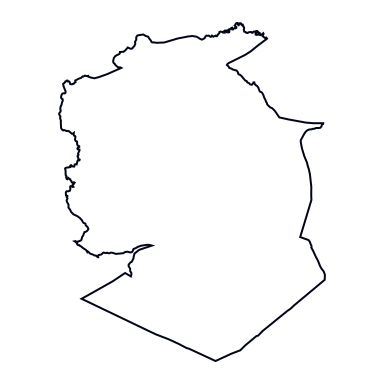 outline of Pokot South, Rift Valley, Kenya
{"feature_id": "3690345B29187481268385", "entity_name": "Pokot South", "entity_type": "district", "adm_level": 2, "iso_a3": "KEN", "parent_name": "Kenya", "parent_adm1": "Rift Valley", "projection": "orthographic", "projection_center": [35.249, 1.339], "detail": "fine", "context": "isolated", "style": "outline", "palette": "ink", "viewbox_px": 384, "rotation_deg": 0, "n_neighbors": 0, "source": "geoboundaries", "source_scale": "gbopen_adm2", "svg_char_len": 5703}
<svg xmlns="http://www.w3.org/2000/svg" viewBox="0 0 384 384"><path d="M81.6,298.8L147.5,330.4L156.2,334.5L168.0,339.0L178.5,343.8L186.9,348.2L188.8,348.6L215.5,361.0L231.4,353.7L240.3,350.3L245.1,345.5L256.4,336.1L258.2,335.6L262.5,331.1L287.1,311.1L290.6,308.7L294.3,305.2L324.7,279.8L324.9,274.9L324.7,274.1L323.6,271.3L321.6,268.8L320.1,266.1L317.9,260.6L315.7,256.5L313.1,250.8L311.3,247.6L311.6,246.9L311.3,245.3L310.8,244.5L309.6,241.4L308.4,240.0L300.2,237.1L311.4,200.0L311.2,195.6L311.3,186.8L309.9,174.1L308.8,169.1L307.8,166.1L307.0,162.7L304.3,156.2L302.0,148.6L300.7,141.8L300.8,140.2L304.2,133.9L305.8,131.6L307.2,130.4L309.2,129.5L311.6,129.3L313.4,128.7L314.4,128.8L316.0,128.0L319.1,128.0L320.2,127.8L321.4,126.6L321.9,124.8L322.4,124.2L323.1,124.0L323.2,123.2L313.1,123.2L305.9,122.6L288.3,119.4L279.3,117.4L274.8,110.8L272.2,108.2L270.1,107.3L269.5,106.8L267.2,104.4L266.9,103.1L266.0,101.7L265.5,100.1L264.2,97.6L263.5,95.4L262.2,92.9L261.6,92.3L260.2,91.8L259.6,91.1L258.3,87.7L257.1,85.9L256.3,85.6L254.6,83.9L254.3,82.4L253.5,82.4L253.3,83.0L251.8,84.8L250.0,84.3L249.1,83.2L247.3,82.4L246.9,81.4L246.3,80.9L245.4,80.7L241.1,75.6L239.6,74.6L238.7,74.4L238.1,73.5L238.1,72.6L237.0,71.0L236.4,70.5L232.4,69.4L231.9,68.8L229.2,67.8L228.6,66.5L226.9,65.0L227.2,64.4L228.4,63.2L245.0,55.0L250.8,51.3L257.4,45.9L267.0,38.7L266.3,37.6L264.8,37.9L262.6,36.1L263.6,33.8L263.3,33.2L261.8,34.4L260.4,35.1L259.7,34.9L259.9,33.2L259.4,32.8L258.8,32.9L258.8,33.8L258.6,34.5L256.4,34.9L255.8,34.7L255.5,34.1L255.6,33.3L257.3,32.3L257.8,31.5L257.2,31.0L256.2,31.0L255.6,31.5L254.8,31.7L253.7,31.6L253.0,32.0L252.6,32.8L251.8,32.7L251.1,32.0L249.0,32.2L248.3,32.4L247.7,33.0L246.0,32.7L245.6,32.0L244.2,31.6L243.8,29.9L244.2,28.0L244.0,27.3L243.2,26.6L243.3,25.8L242.7,24.7L242.0,25.1L241.5,24.7L241.1,23.5L240.1,23.2L238.7,25.2L238.0,24.7L237.7,24.1L238.2,23.3L237.4,23.0L236.4,23.1L234.7,25.5L236.3,26.9L236.4,27.8L235.7,28.3L234.9,27.7L233.0,29.5L232.2,29.4L232.3,28.4L232.1,27.7L231.3,28.0L230.1,29.1L228.6,29.5L228.1,30.1L229.4,30.9L229.2,32.2L228.7,32.4L226.7,32.2L226.3,31.8L226.4,31.1L227.1,30.6L226.3,30.5L224.8,30.6L224.1,31.2L224.6,31.9L224.6,32.7L222.7,32.5L222.2,31.9L220.3,31.6L219.5,32.0L219.5,32.6L219.2,33.2L218.3,34.1L217.0,36.1L216.3,36.2L215.8,35.6L213.3,36.7L212.0,35.6L211.2,36.7L210.4,36.8L209.2,35.8L208.3,35.6L207.3,35.8L206.2,35.7L205.6,36.2L204.7,38.1L202.3,39.5L201.5,39.5L200.3,39.0L197.7,37.3L196.1,36.6L192.2,36.0L187.9,36.5L177.7,38.5L164.2,42.5L156.4,42.8L154.1,42.4L152.2,42.4L151.3,41.7L150.9,40.6L149.4,38.8L148.2,36.7L145.8,36.0L143.3,34.5L138.1,35.3L137.3,35.6L136.5,36.8L136.2,37.6L136.3,39.6L135.0,41.9L135.3,43.9L134.3,46.1L133.0,47.4L132.5,48.3L131.3,48.8L130.5,48.7L127.7,47.5L125.4,50.3L123.4,51.8L119.9,52.0L119.8,53.4L119.3,54.0L116.6,55.3L115.1,56.3L114.3,57.4L113.8,58.3L113.2,60.7L113.2,61.7L113.5,62.7L114.9,64.1L115.4,65.0L118.0,67.3L120.4,67.4L121.3,67.9L107.3,74.1L98.6,77.2L94.3,78.3L90.2,77.4L88.1,76.5L88.1,75.9L86.5,76.1L84.9,75.6L83.5,76.5L82.7,76.4L81.1,77.9L79.1,78.5L75.3,80.5L75.5,82.3L74.5,82.6L73.6,83.9L72.7,83.9L71.9,84.3L70.3,84.1L69.6,82.0L68.8,81.3L68.0,81.5L67.6,80.6L66.7,80.6L66.1,81.2L65.3,81.5L65.2,82.2L63.1,83.9L63.6,86.4L65.4,90.9L65.6,91.8L65.3,93.1L64.6,93.4L63.4,93.3L62.4,93.6L61.5,95.1L61.1,96.6L61.1,97.7L61.6,98.7L62.6,99.1L62.8,100.6L62.1,102.3L61.5,104.8L60.5,106.9L60.3,108.9L60.7,110.9L60.5,111.6L59.3,113.2L59.1,113.8L59.3,114.6L60.4,116.5L60.1,118.3L60.9,120.6L60.8,122.4L61.1,127.9L61.3,128.6L62.6,130.1L63.2,130.4L63.7,130.0L64.9,130.3L66.5,131.0L67.8,130.9L68.3,131.2L69.1,131.3L71.9,133.8L72.7,133.8L73.8,132.9L73.7,134.9L74.0,135.6L74.9,135.9L75.4,136.6L75.0,139.7L75.9,141.2L76.8,141.4L77.1,141.9L77.1,143.7L77.3,144.8L78.5,146.4L79.2,146.3L79.3,146.9L77.8,147.8L77.4,148.4L77.7,149.3L79.5,149.6L79.5,150.4L78.1,153.5L78.2,154.2L78.5,154.8L77.6,155.8L77.6,156.6L78.1,157.0L78.4,159.2L79.6,159.6L79.4,160.3L78.0,160.3L77.6,160.7L76.6,164.4L75.9,164.2L74.6,164.6L74.4,166.1L74.1,166.6L72.0,166.3L71.3,165.2L70.6,165.3L70.1,166.1L70.8,166.6L70.3,167.1L66.4,167.7L65.5,168.0L65.1,168.5L65.6,171.0L65.6,173.5L65.8,175.5L66.3,176.0L66.2,177.5L66.7,178.9L67.4,179.3L68.1,178.7L68.3,177.9L69.6,179.0L70.3,179.3L70.4,180.2L71.6,181.4L71.7,182.2L72.2,182.6L73.6,182.8L74.0,182.3L74.6,182.7L73.4,184.4L72.7,184.6L72.5,185.5L73.4,186.8L72.8,187.0L71.5,186.2L70.5,186.2L70.1,186.9L70.4,188.5L70.0,190.6L68.5,191.2L66.6,191.3L66.1,191.9L65.8,192.7L66.0,195.5L67.3,195.8L67.3,196.6L66.8,197.2L67.5,198.4L66.6,200.4L67.1,202.2L68.5,204.6L68.5,207.6L70.3,210.0L70.9,211.7L73.5,214.4L77.4,216.2L80.2,218.3L82.0,220.4L83.0,222.3L83.6,222.9L85.0,223.4L85.5,224.0L85.6,225.0L86.0,225.6L87.2,226.6L88.1,228.1L88.4,228.9L88.1,229.7L87.0,231.0L86.3,231.5L84.4,232.2L84.1,233.2L83.6,234.0L83.3,235.3L82.1,237.1L81.5,239.6L81.2,240.1L80.6,240.6L77.5,241.7L77.3,242.5L75.5,241.1L74.6,241.3L76.2,242.3L77.6,244.8L78.3,245.2L79.4,245.2L79.8,245.8L81.2,246.5L82.8,247.9L85.6,249.7L86.4,250.5L87.3,252.1L87.8,251.4L90.2,253.6L91.5,254.2L92.4,254.3L94.8,255.6L95.5,255.5L96.2,255.7L97.6,257.1L98.2,257.2L98.1,255.7L98.5,255.1L100.9,254.6L101.8,254.1L102.9,252.9L103.7,252.6L105.8,253.1L107.1,252.7L107.7,253.1L109.3,253.3L110.6,252.7L111.7,252.7L112.9,252.9L115.9,253.9L123.3,253.2L125.1,252.0L127.8,251.7L129.3,252.3L130.8,252.4L132.1,251.9L132.5,251.4L133.5,249.0L136.0,248.0L137.8,246.9L141.1,245.7L147.3,244.8L149.3,244.9L151.9,245.6L139.9,249.6L138.4,250.4L134.5,253.6L133.6,257.0L133.5,258.5L132.6,259.9L132.2,261.1L131.6,261.9L130.3,262.5L129.4,263.8L128.7,264.4L128.6,266.2L130.1,268.6L130.2,271.2L131.3,272.8L131.4,274.5L130.9,276.4L125.1,273.0L112.7,281.3L81.6,298.8Z" fill="none" stroke="#020617" stroke-width="2"/></svg>